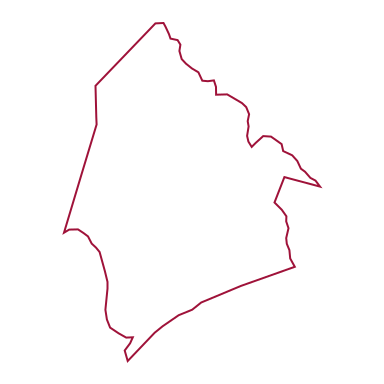 Ouro Branco, Rio Grande do Norte, Brazil (Natural Earth projection)
{"feature_id": "56859067B23981894963021", "entity_name": "Ouro Branco", "entity_type": "district", "adm_level": 2, "iso_a3": "BRA", "parent_name": "Brazil", "parent_adm1": "Rio Grande do Norte", "projection": "natural_earth1", "projection_center": [-36.907, -6.684], "detail": "fine", "context": "isolated", "style": "outline", "palette": "rose", "viewbox_px": 384, "rotation_deg": 0, "n_neighbors": 0, "source": "geoboundaries", "source_scale": "gbopen_adm2", "svg_char_len": 1067}
<svg xmlns="http://www.w3.org/2000/svg" viewBox="0 0 384 384"><path d="M64.0,232.7L69.2,229.6L78.0,229.4L83.6,233.1L88.0,236.4L91.7,243.6L96.0,247.6L99.6,252.0L104.9,271.2L107.5,281.9L107.5,288.6L105.4,309.8L106.9,319.5L110.1,327.6L118.6,333.3L126.2,337.6L132.8,337.3L130.1,343.3L124.7,350.5L127.7,361.0L154.7,332.7L162.7,326.2L178.7,315.2L192.2,309.7L201.2,302.5L232.1,289.6L241.0,285.9L294.8,266.8L290.2,258.5L289.4,250.1L286.8,243.8L286.2,238.1L288.5,228.2L286.2,221.4L286.4,216.3L281.8,209.8L274.5,202.5L284.4,177.1L320.0,186.6L315.5,180.6L310.4,177.9L305.0,171.7L300.9,168.7L297.3,161.0L292.2,155.3L283.2,151.1L281.6,144.1L271.0,136.6L263.2,136.1L255.7,142.9L251.7,146.9L248.4,141.6L247.1,135.9L248.6,126.4L247.7,121.2L249.1,114.2L246.2,107.1L242.0,103.1L227.2,94.4L216.1,94.7L216.0,86.9L213.9,80.4L207.9,81.2L202.3,80.7L198.4,72.3L192.0,68.5L186.0,63.7L181.7,59.1L179.4,51.0L180.4,44.7L177.6,40.1L170.5,38.6L169.0,34.2L165.6,26.9L163.5,23.0L155.4,23.4L95.5,85.8L96.3,117.4L96.6,124.5L81.5,174.4L64.0,232.7Z" fill="none" stroke="#9f1239" stroke-width="2"/></svg>